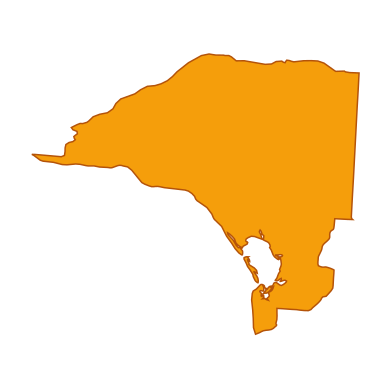 the State of Campeche, rotated 273°
{"feature_id": "MEX-2722", "entity_name": "Campeche", "entity_type": "State", "adm_level": 1, "iso_a3": "MEX", "parent_name": "Mexico", "parent_adm1": "", "projection": "equal_earth", "projection_center": [-91.225, 19.313], "detail": "fine", "context": "isolated", "style": "filled", "palette": "amber", "viewbox_px": 384, "rotation_deg": 273, "n_neighbors": 0, "source": "natural_earth", "source_scale": "10m", "svg_char_len": 5223}
<svg xmlns="http://www.w3.org/2000/svg" viewBox="0 0 384 384"><g transform="rotate(273 192 192)"><path d="M320.7,337.8L320.0,338.9L319.5,343.2L319.6,352.6L302.0,352.6L284.3,352.5L266.7,352.5L249.1,352.5L231.5,352.5L213.9,352.5L196.3,352.4L178.7,352.4L175.2,352.4L173.6,353.0L172.9,353.9L172.8,348.6L172.8,343.3L172.8,338.0L172.8,336.0L168.0,335.8L165.7,335.7L163.4,335.5L162.3,335.2L161.6,334.5L161.0,333.6L160.1,332.6L158.7,331.9L157.1,331.7L155.5,331.8L154.0,331.9L152.5,331.5L151.0,330.3L149.5,328.9L148.3,327.6L146.9,326.3L145.6,325.4L144.2,324.9L142.4,324.7L140.9,324.4L139.6,323.9L138.2,323.3L136.7,322.7L135.8,322.3L134.9,321.9L134.0,321.6L133.0,321.5L131.2,321.5L128.9,321.4L126.6,321.5L125.0,322.1L124.8,322.6L124.4,323.6L124.1,324.7L123.9,325.4L123.8,326.5L123.9,327.8L124.1,328.9L124.1,329.8L123.7,331.7L123.0,334.3L122.1,336.8L121.5,337.9L117.6,337.9L113.7,337.8L109.8,337.8L105.9,337.8L103.3,337.6L100.8,336.2L98.4,334.3L96.2,332.5L94.9,331.4L94.5,329.8L94.1,328.1L92.6,326.9L91.4,326.5L90.3,325.8L89.3,325.0L88.3,324.2L86.4,322.4L84.6,320.5L82.8,318.6L80.8,316.9L79.6,314.4L79.5,310.3L79.7,305.8L80.0,302.6L80.0,297.7L80.1,292.8L80.2,287.9L80.2,282.9L76.6,283.1L72.8,283.4L69.0,283.4L65.4,282.7L64.7,282.8L64.1,283.2L63.6,283.5L62.7,283.1L62.1,282.4L61.4,281.7L60.8,281.1L60.1,280.4L58.9,278.5L58.2,275.9L57.8,273.2L57.2,270.6L56.3,268.8L55.1,266.8L54.1,264.7L53.3,262.9L59.8,260.5L68.8,259.8L77.3,258.8L87.4,257.2L93.9,257.5L96.3,258.3L98.5,261.4L102.8,265.1L103.3,265.8L103.3,267.0L102.8,268.3L102.0,269.2L101.1,269.4L101.5,268.7L101.7,268.0L100.8,268.5L99.8,268.7L97.6,268.8L96.8,268.3L96.9,267.1L97.2,265.9L96.7,265.0L96.2,264.9L95.7,265.2L94.1,266.9L93.7,266.9L93.4,266.6L92.6,266.4L91.5,266.7L91.3,267.3L91.8,267.8L92.9,268.0L92.9,268.8L91.9,269.1L90.9,269.2L89.9,268.8L89.1,268.0L89.2,268.6L89.2,269.1L89.3,269.5L89.6,270.2L89.0,270.9L88.5,271.7L88.2,272.7L87.9,273.8L88.4,273.4L89.6,272.4L91.1,273.9L91.9,274.4L92.9,274.6L94.7,273.9L95.8,273.7L96.2,274.2L96.8,275.6L98.0,276.9L99.6,277.8L101.1,278.2L99.0,276.1L96.7,274.3L95.0,272.1L94.6,268.8L96.2,269.8L97.1,270.8L98.1,271.1L100.0,270.2L99.0,272.4L100.1,272.9L101.1,273.7L101.9,274.8L102.2,276.1L101.1,275.4L101.0,275.7L101.0,276.0L100.6,276.1L102.0,277.3L105.2,278.5L106.1,279.8L105.8,281.3L103.8,284.4L103.3,286.0L104.0,287.4L105.4,289.3L107.0,290.8L108.0,291.1L108.8,289.4L108.4,287.9L107.7,286.2L107.1,284.2L107.8,285.1L108.6,285.6L109.5,285.8L110.4,285.6L109.6,284.2L108.4,282.9L107.7,281.4L108.3,279.8L110.3,281.2L115.2,282.8L117.6,284.2L119.1,283.5L122.7,284.7L124.7,285.0L128.6,284.3L130.4,283.7L131.8,282.7L131.9,284.2L132.5,285.3L133.2,285.7L134.0,285.0L134.1,283.7L133.6,280.5L133.5,279.0L132.9,279.0L132.8,279.6L132.5,280.4L132.4,281.2L131.5,281.3L129.4,282.5L129.0,282.0L129.4,280.9L131.2,278.3L131.8,277.6L133.7,276.2L138.3,274.1L140.6,272.4L141.8,273.0L143.2,272.6L144.6,271.8L145.5,271.0L146.2,269.8L147.6,266.4L148.0,265.8L150.7,266.0L152.0,266.0L152.6,265.4L153.3,264.3L156.4,263.1L157.6,262.0L156.2,261.3L155.2,261.5L153.2,262.8L149.4,264.2L148.3,265.0L150.8,256.9L150.9,253.5L149.3,250.3L148.0,248.7L147.3,248.3L146.4,248.2L145.6,248.5L145.2,249.1L145.0,249.9L144.4,250.3L142.8,249.7L140.5,245.9L139.0,245.2L140.1,242.6L141.7,240.2L143.5,238.5L147.3,236.9L149.7,234.6L151.9,231.9L153.2,229.7L151.3,230.2L146.1,235.6L140.9,239.0L138.8,241.2L139.0,243.8L138.2,244.3L137.8,243.8L136.0,245.4L135.0,245.7L133.5,245.8L131.9,245.6L131.8,244.8L133.6,242.0L137.7,238.0L142.8,234.4L149.6,228.9L159.2,223.4L165.8,215.8L167.4,214.7L171.0,213.0L177.3,207.7L183.6,197.5L185.2,196.0L187.8,194.8L190.5,192.0L192.7,188.4L193.6,184.9L194.9,164.1L195.6,159.6L195.8,157.4L195.6,155.0L195.3,153.3L195.2,151.5L195.8,149.0L197.3,144.5L198.8,141.4L203.4,137.2L210.6,130.7L213.7,126.4L214.4,121.9L214.8,120.4L214.9,118.5L214.5,116.6L212.1,110.9L211.9,109.6L211.9,108.6L212.1,106.5L212.1,98.3L212.9,93.0L212.6,87.0L212.8,84.7L213.8,78.7L213.9,74.4L212.6,65.7L212.6,61.0L214.4,52.0L215.0,41.6L215.8,38.8L220.2,32.2L221.2,30.1L221.3,33.1L220.4,59.6L221.8,62.7L225.6,63.1L229.5,63.0L232.8,63.6L235.0,66.6L236.1,70.4L238.1,72.7L239.6,71.6L241.2,71.1L242.7,72.7L244.1,74.5L246.5,74.0L247.9,69.9L250.1,68.1L253.3,73.8L254.6,76.7L254.6,79.3L256.1,83.5L257.4,85.1L262.0,89.4L264.8,95.8L266.7,103.4L270.9,108.7L276.4,111.4L281.2,116.0L287.0,129.8L291.5,135.4L295.2,141.9L296.3,149.5L298.4,155.4L301.8,161.5L306.2,166.4L311.3,170.8L320.9,181.7L328.7,194.2L330.7,201.8L330.0,208.4L330.3,216.3L330.0,217.9L330.2,221.6L329.0,224.3L325.3,229.3L325.8,237.3L323.3,258.4L324.0,264.7L326.7,269.2L327.4,274.8L326.4,276.4L326.0,278.2L327.3,278.8L328.6,279.7L328.4,282.2L327.7,284.6L327.3,286.9L328.9,296.5L329.4,304.0L329.4,310.8L327.6,317.1L320.9,327.6L320.0,329.2L320.7,337.8ZM124.2,249.6L127.7,247.5L129.1,247.4L129.6,248.2L130.0,249.1L130.2,250.2L130.2,251.8L129.9,251.4L129.6,251.0L127.9,252.5L126.9,253.0L125.8,253.2L126.2,252.4L126.7,251.8L127.3,251.4L128.0,251.0L126.4,251.2L123.7,252.7L122.5,252.6L119.4,258.2L117.1,260.6L114.3,261.4L116.0,257.6L111.8,260.9L109.3,262.3L106.9,262.8L105.3,262.8L104.8,262.6L105.1,261.8L106.3,260.2L107.2,259.5L110.7,257.6L113.0,257.0L117.3,254.0L120.5,251.4L124.2,249.6Z" fill="#f59e0b" stroke="#b45309" stroke-width="1.5"/></g></svg>